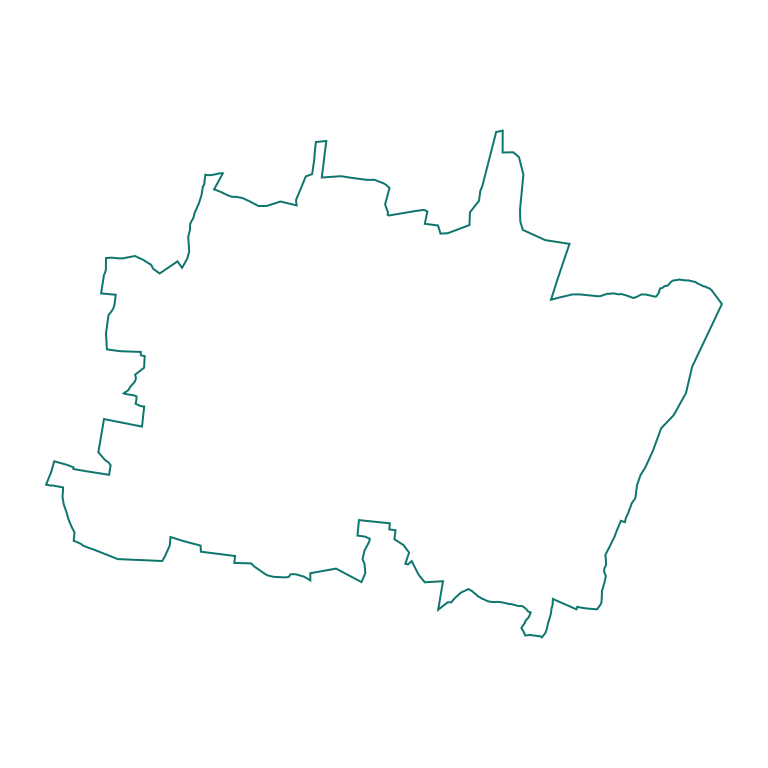 Teabo, Yucatán, Mexico (Robinson projection)
{"feature_id": "50627088B52982407932693", "entity_name": "Teabo", "entity_type": "district", "adm_level": 2, "iso_a3": "MEX", "parent_name": "Mexico", "parent_adm1": "Yucatán", "projection": "robinson", "projection_center": [-89.217, 20.381], "detail": "fine", "context": "isolated", "style": "outline", "palette": "teal", "viewbox_px": 768, "rotation_deg": 0, "n_neighbors": 0, "source": "geoboundaries", "source_scale": "gbopen_adm2", "svg_char_len": 5694}
<svg xmlns="http://www.w3.org/2000/svg" viewBox="0 0 768 768"><path d="M315.9,142.0L314.9,150.3L314.8,152.4L314.1,160.9L312.1,174.1L305.8,176.4L301.6,186.6L296.0,200.0L296.6,205.4L280.4,201.5L273.2,203.9L266.4,206.0L261.4,206.0L258.5,206.0L249.1,201.1L242.4,198.0L236.0,196.8L232.4,196.9L229.9,196.1L226.3,194.6L221.2,192.1L217.7,190.7L214.1,189.3L217.7,182.8L219.8,178.9L221.6,175.6L222.8,173.3L220.2,173.2L216.7,174.0L214.3,174.5L211.3,175.1L207.1,175.1L205.4,174.7L204.3,182.7L204.5,183.4L203.9,185.2L202.9,186.4L201.6,194.7L200.1,199.6L198.5,204.4L197.2,206.9L197.0,207.7L194.8,212.5L194.2,214.4L193.8,216.7L193.3,217.6L193.1,218.7L192.7,219.2L192.1,220.0L190.2,223.9L190.1,225.7L190.1,229.6L188.2,236.7L189.2,251.6L187.2,258.7L182.1,267.8L177.5,261.4L159.6,273.5L153.0,268.6L151.2,264.8L149.1,263.6L148.3,263.1L147.0,262.3L143.3,259.9L134.8,256.0L123.0,258.3L122.4,258.3L117.6,258.3L113.5,257.8L110.8,257.7L106.0,258.1L105.9,269.2L105.2,272.4L104.7,273.6L104.5,273.9L104.0,274.8L101.1,293.4L111.8,294.4L115.7,294.7L115.1,299.5L114.9,301.3L114.4,305.0L113.4,308.3L111.3,311.6L108.5,315.1L105.9,334.2L106.2,337.1L106.5,341.4L106.7,346.1L107.0,349.4L120.0,351.2L140.7,351.9L140.9,355.3L142.6,355.7L144.7,356.1L144.1,367.7L135.1,374.7L136.0,378.1L135.0,381.4L131.0,386.0L129.7,387.6L129.2,389.0L128.1,390.3L126.3,391.6L124.6,392.6L123.7,393.4L125.0,393.9L134.5,395.5L136.6,396.5L136.3,400.4L135.6,403.8L141.0,406.2L144.2,406.5L142.0,426.6L104.0,419.1L98.9,449.0L98.3,452.3L98.9,452.9L105.0,460.0L108.6,462.5L110.6,465.2L109.1,474.8L89.3,471.7L87.8,471.5L73.4,469.0L73.5,467.4L67.9,465.1L54.2,461.3L51.3,471.7L46.1,484.6L50.9,485.6L52.3,485.4L63.0,487.4L63.0,490.1L62.5,496.7L63.7,504.3L66.9,513.4L68.2,518.6L71.5,526.6L74.5,532.5L73.7,540.9L75.3,541.4L77.7,542.4L79.5,543.2L81.2,544.1L81.9,544.6L82.5,545.1L83.5,545.8L84.2,546.1L85.2,546.5L86.6,547.0L89.4,548.1L90.7,548.5L92.4,549.1L93.8,549.6L96.9,550.8L117.8,559.1L162.3,561.0L165.1,555.9L165.9,554.1L169.8,545.4L170.5,537.0L176.3,538.8L183.2,541.0L189.5,542.7L200.6,545.6L200.9,551.7L235.1,556.0L234.3,562.9L251.2,563.4L254.3,566.5L264.5,573.6L267.3,575.3L270.4,576.1L274.1,576.9L283.3,577.3L286.9,577.3L289.0,576.7L290.4,574.4L291.9,574.2L295.9,574.3L304.1,576.7L310.3,580.4L310.3,573.2L336.0,568.6L361.5,582.1L365.3,573.2L364.5,563.6L362.5,559.2L364.5,550.5L369.2,541.8L369.8,538.7L364.9,536.6L357.5,535.6L358.8,521.5L358.9,520.1L389.8,523.3L389.3,529.4L395.5,530.2L394.4,539.3L403.5,545.0L409.1,552.6L405.3,563.8L408.0,564.4L411.7,561.1L418.6,574.7L424.8,582.3L443.0,581.2L438.2,609.7L447.9,602.2L451.2,602.4L454.5,598.5L460.9,592.6L463.5,591.4L468.5,589.0L470.6,590.3L472.6,591.5L473.7,592.6L476.1,594.5L477.8,596.3L479.7,597.1L480.0,597.3L481.9,598.6L483.0,599.0L484.2,599.4L485.6,600.3L488.9,601.5L490.8,601.7L491.9,602.0L493.2,601.9L495.3,602.1L497.2,601.9L498.3,601.9L500.4,602.2L501.6,602.3L502.8,602.5L505.4,603.1L507.2,603.5L508.9,604.0L510.5,604.1L511.2,604.1L511.3,604.1L518.1,605.9L519.2,606.1L521.1,606.0L522.5,606.2L526.0,608.8L528.0,611.3L529.3,612.0L530.7,612.4L529.7,614.8L529.3,616.3L527.7,618.5L525.6,620.6L524.6,623.3L522.6,626.1L521.4,628.0L521.8,628.7L522.4,629.5L523.0,630.5L524.2,633.0L525.2,635.5L527.2,635.3L528.1,635.2L530.5,634.9L532.6,635.4L535.7,635.7L537.3,636.0L540.2,636.2L541.1,636.8L541.9,637.4L543.4,635.4L545.1,633.3L545.7,632.2L546.2,630.5L547.0,628.2L547.3,626.5L547.7,624.6L548.3,622.5L549.5,618.7L550.3,615.9L550.7,614.3L551.0,612.7L551.7,607.8L552.3,605.8L552.5,604.9L552.8,604.1L552.6,602.9L552.8,600.7L552.9,599.0L576.4,609.3L577.3,606.8L580.9,607.6L587.0,608.5L597.2,609.3L600.9,603.9L601.6,601.5L601.7,598.5L601.9,595.0L601.9,591.3L603.6,585.4L604.3,583.1L605.9,575.9L604.5,573.0L604.2,571.2L604.2,569.9L604.4,568.4L605.1,566.9L606.0,565.1L606.1,563.8L605.8,558.6L605.3,555.2L606.8,552.1L607.6,550.5L608.6,548.7L612.1,541.6L614.5,536.8L616.1,532.4L616.6,531.1L620.9,520.8L624.9,522.1L625.9,518.0L627.2,515.1L628.4,512.8L628.7,511.2L629.9,508.6L630.1,507.8L630.5,506.9L631.2,505.1L631.3,504.2L632.0,502.9L632.9,501.5L634.3,499.7L635.0,498.7L635.5,497.1L635.7,495.3L636.0,493.6L636.1,492.6L636.2,490.6L636.7,488.4L636.7,487.1L637.0,485.3L637.7,483.2L640.6,474.9L645.4,467.3L653.1,450.3L661.1,428.4L673.7,415.1L686.0,393.0L692.1,366.9L721.9,304.0L711.6,290.2L709.4,288.4L706.6,287.4L705.6,286.6L703.2,286.3L702.0,285.5L700.9,285.0L698.7,284.0L697.0,283.1L695.6,282.1L694.8,281.8L693.0,281.5L690.4,280.9L688.6,280.4L687.2,280.4L686.1,280.4L682.6,280.0L681.4,279.9L679.4,279.5L676.5,280.1L675.5,280.2L674.0,280.4L673.0,280.5L671.7,281.4L670.2,282.5L669.7,283.5L668.5,284.8L667.7,285.3L666.9,285.9L665.4,285.9L664.5,286.2L662.2,288.0L660.2,288.4L659.3,290.5L659.0,292.3L658.3,293.6L657.1,295.3L656.2,296.5L654.8,296.6L653.7,296.4L650.5,295.6L645.6,294.5L642.6,294.4L641.3,294.5L636.6,296.9L633.5,298.0L629.8,296.7L626.6,295.5L621.6,294.1L618.8,294.3L617.5,294.1L616.0,293.9L613.7,293.4L612.1,293.4L610.1,293.8L608.4,293.8L607.0,293.8L605.8,294.4L603.7,294.9L601.7,295.7L599.9,296.2L598.5,296.3L579.5,294.4L572.6,294.4L563.3,296.6L560.6,297.2L551.0,299.7L557.4,279.7L560.8,269.5L569.5,243.9L545.2,240.1L522.8,229.9L520.3,221.5L520.0,209.7L521.6,193.3L523.4,174.5L521.8,168.3L519.7,160.0L519.0,157.2L513.4,152.3L502.6,152.5L502.7,130.6L497.8,131.7L497.6,131.7L496.2,131.9L491.2,151.4L489.6,157.7L487.6,165.5L482.2,186.5L480.4,190.5L480.1,192.6L479.0,200.8L469.9,212.4L469.5,225.0L447.8,233.2L440.5,233.6L438.0,225.5L424.8,223.8L427.4,211.5L423.9,209.9L414.9,211.1L388.9,215.5L387.6,214.8L388.1,212.9L385.1,204.4L389.5,187.9L386.0,184.8L383.6,183.3L374.4,179.8L374.2,179.8L367.1,179.9L349.9,177.6L341.2,176.2L321.8,177.5L326.3,141.0L315.9,142.0Z" fill="none" stroke="#0f766e" stroke-width="2"/></svg>